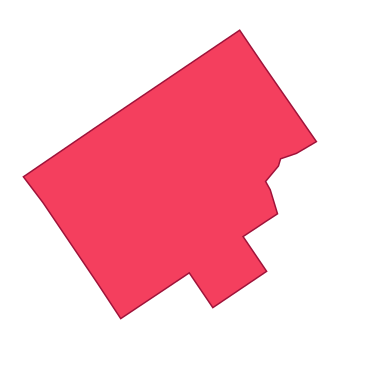 Bureau, Illinois, United States of America, rotated 326°
{"feature_id": "52423323B68616856525680", "entity_name": "Bureau", "entity_type": "district", "adm_level": 2, "iso_a3": "USA", "parent_name": "United States of America", "parent_adm1": "Illinois", "projection": "equal_earth", "projection_center": [-89.465, 41.367], "detail": "fine", "context": "isolated", "style": "filled", "palette": "rose", "viewbox_px": 384, "rotation_deg": 326, "n_neighbors": 0, "source": "geoboundaries", "source_scale": "gbopen_adm2", "svg_char_len": 415}
<svg xmlns="http://www.w3.org/2000/svg" viewBox="0 0 384 384"><g transform="rotate(326 192 192)"><path d="M147.4,84.6L60.7,85.1L62.5,117.4L62.6,214.5L62.1,257.1L144.5,257.5L144.6,299.5L209.5,299.5L209.4,257.5L236.7,257.7L250.7,257.9L258.1,233.9L258.9,224.4L278.2,218.8L284.0,214.0L300.3,218.4L323.3,219.8L322.1,128.4L322.0,102.4L322.0,84.5L147.4,84.6Z" fill="#f43f5e" stroke="#9f1239" stroke-width="1.5"/></g></svg>